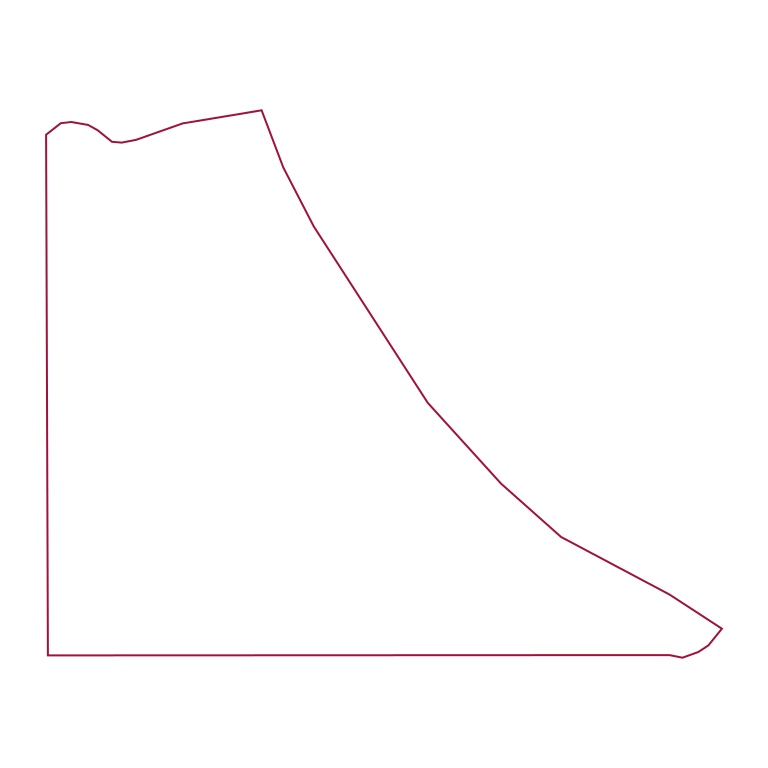 the border of Maekel
{"feature_id": "ERI-1561", "entity_name": "Maekel", "entity_type": "Region", "adm_level": 1, "iso_a3": "ERI", "parent_name": "Eritrea", "parent_adm1": "", "projection": "albers", "projection_center": [39.01, 15.365], "detail": "fine", "context": "isolated", "style": "outline", "palette": "rose", "viewbox_px": 768, "rotation_deg": 0, "n_neighbors": 0, "source": "natural_earth", "source_scale": "10m", "svg_char_len": 396}
<svg xmlns="http://www.w3.org/2000/svg" viewBox="0 0 768 768"><path d="M47.9,655.4L46.1,134.7L60.8,123.2L71.1,122.0L88.0,124.9L97.6,130.2L112.0,141.8L121.7,142.6L135.9,139.9L182.7,123.4L261.6,110.3L283.3,167.5L313.8,226.5L427.8,402.9L501.0,483.6L561.1,537.0L669.6,594.6L721.9,628.7L708.4,645.4L698.3,652.0L682.5,657.7L669.5,655.1L47.9,655.4Z" fill="none" stroke="#9f1239" stroke-width="2"/></svg>